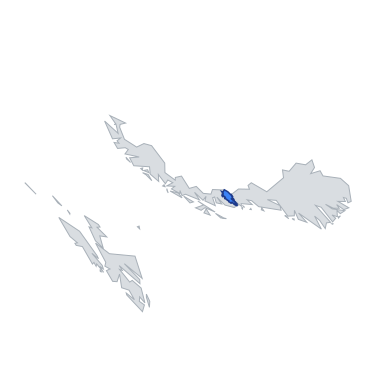 Rana nor, Nordland, Norway shown in context, rotated 229°
{"feature_id": "86288312B15447104540063", "entity_name": "Rana nor", "entity_type": "district", "adm_level": 2, "iso_a3": "NOR", "parent_name": "Norway", "parent_adm1": "Nordland", "projection": "natural_earth1", "projection_center": [14.014, 66.44], "detail": "fine", "context": "in_parent", "style": "filled", "palette": "blue", "viewbox_px": 384, "rotation_deg": 229, "n_neighbors": 0, "source": "geoboundaries", "source_scale": "gbopen_adm2", "svg_char_len": 6494}
<svg xmlns="http://www.w3.org/2000/svg" viewBox="0 0 384 384"><g transform="rotate(229 192 192)"><path d="M224.4,184.3L211.9,187.1L213.9,189.0L210.9,194.5L196.5,192.3L193.4,198.9L183.6,199.6L178.0,204.9L180.4,209.1L172.5,217.5L164.3,219.5L163.8,229.0L156.4,237.2L160.2,238.6L160.1,242.8L143.1,248.6L142.7,270.4L149.3,274.8L143.9,278.9L145.5,289.5L138.0,295.6L137.6,303.6L130.1,300.5L128.0,293.6L124.0,302.6L118.2,301.4L104.9,313.0L94.0,314.4L80.5,306.0L81.5,302.6L86.0,304.3L88.5,302.7L84.2,301.5L89.2,296.0L77.2,300.0L79.1,295.0L87.6,292.9L83.1,292.4L87.1,288.0L95.1,284.7L87.3,286.7L77.6,295.1L78.4,289.7L82.9,289.3L78.0,285.5L82.8,282.6L77.9,283.2L77.2,278.5L95.7,279.5L101.0,276.4L78.2,276.7L80.5,273.2L77.0,268.6L86.8,269.7L93.4,268.7L79.1,265.3L106.2,258.6L93.9,258.7L101.6,254.3L111.0,257.3L106.9,253.6L110.9,248.5L130.4,250.1L136.8,243.9L124.1,249.5L119.8,247.3L137.2,232.7L146.3,231.3L149.9,228.5L143.0,229.2L151.0,221.5L148.8,219.9L159.8,217.6L151.8,218.4L152.6,213.7L160.5,208.3L171.8,207.4L163.4,206.6L167.9,203.2L173.4,205.8L174.2,203.8L166.4,200.6L176.8,195.9L179.5,199.8L178.5,194.9L190.1,193.7L181.1,192.5L194.6,185.6L195.8,182.1L201.0,183.9L198.8,181.9L207.8,178.5L207.6,182.7L213.2,176.9L211.6,183.6L216.9,181.6L215.7,177.3L227.3,178.1L221.8,173.8L232.9,172.2L238.9,176.5L250.0,165.3L258.7,167.4L253.1,175.1L264.7,166.4L265.9,171.8L269.2,170.7L273.7,164.4L280.5,165.7L276.7,168.9L279.8,169.0L279.6,173.6L284.3,166.9L302.9,172.6L284.7,174.7L293.0,179.1L303.5,180.2L287.6,187.1L290.2,182.1L288.4,179.9L276.1,175.6L262.2,179.7L260.1,187.5L253.5,191.9L231.7,190.4L224.4,184.3ZM176.6,73.5L188.8,75.8L187.7,79.6L193.2,77.6L195.5,80.8L216.7,85.7L199.6,89.2L181.0,106.9L159.5,97.7L182.3,93.9L160.2,95.1L157.0,92.6L184.2,88.8L178.5,88.0L181.1,86.5L164.9,85.9L164.5,88.9L152.9,90.6L139.2,83.7L147.2,83.7L144.0,80.5L138.0,82.0L134.2,76.1L157.2,75.2L158.9,76.1L148.5,77.9L159.2,80.1L165.9,76.1L177.6,83.5L173.5,76.6L176.6,73.5ZM202.9,69.6L222.7,73.5L227.7,69.6L230.1,70.0L228.8,72.2L238.4,70.7L260.2,74.8L236.1,81.4L206.5,78.6L203.0,77.7L211.4,76.2L195.6,76.1L192.0,74.6L196.5,73.6L189.3,72.6L200.2,72.9L198.8,70.9L203.2,71.8L202.9,69.6ZM218.5,87.1L233.2,91.4L230.7,92.9L244.9,95.2L228.9,100.0L225.9,99.6L227.7,97.2L214.0,98.2L219.4,93.6L207.9,88.2L218.5,87.1ZM174.6,192.2L181.4,190.5L161.7,196.3L171.6,191.6L172.2,186.9L177.7,184.3L174.6,192.2ZM185.1,183.3L194.3,183.0L183.6,186.6L185.1,183.3ZM194.1,180.7L207.1,176.1L200.3,181.0L194.1,180.7ZM132.9,84.2L142.6,88.6L144.9,90.6L137.2,88.4L132.9,84.2ZM168.4,187.3L170.0,191.6L162.7,190.5L168.4,187.3ZM239.0,167.4L234.0,170.4L226.9,169.1L235.1,168.6L239.0,167.4ZM240.0,169.6L237.9,173.1L234.9,172.1L240.0,169.6ZM153.5,196.7L160.5,195.7L152.9,198.5L153.5,196.7ZM308.2,72.1L292.6,72.9L308.7,71.9L308.2,72.1ZM271.6,83.6L280.8,84.2L266.9,84.7L271.6,83.6ZM254.6,165.0L259.8,164.3L261.6,165.0L254.6,165.0ZM243.4,168.7L242.5,170.6L241.0,168.9L243.4,168.7ZM215.8,173.8L215.8,175.7L213.8,175.0L215.8,173.8ZM201.6,128.0L201.0,129.7L198.5,128.3L201.6,128.0ZM260.3,86.1L256.0,85.9L255.5,85.3L260.3,86.1ZM133.1,232.6L134.5,234.3L130.6,233.9L133.1,232.6ZM206.9,173.4L209.6,174.1L211.1,175.2L206.9,173.4ZM192.1,70.6L193.9,71.7L191.1,71.3L192.1,70.6ZM112.8,247.3L108.3,247.5L113.0,246.5L112.8,247.3ZM106.3,250.0L104.6,251.4L103.9,250.7L106.3,250.0ZM151.7,198.9L149.3,200.5L151.9,197.9L151.7,198.9ZM77.2,286.2L76.6,288.4L76.3,285.5L77.2,286.2ZM147.0,220.2L146.0,218.9L147.4,219.0L147.0,220.2ZM294.0,177.4L293.5,178.9L293.3,178.6L294.0,177.4ZM148.2,221.4L145.7,221.7L148.8,221.1L148.2,221.4ZM140.8,224.3L141.0,225.6L139.8,225.2L140.8,224.3ZM76.4,276.6L75.3,278.0L75.6,276.8L76.4,276.6Z" fill="#d9dde1" stroke="#a8b0b8" stroke-width="1"/><path d="M152.9,216.5L153.0,216.5L152.8,216.7L152.7,216.7L152.8,216.7L152.9,216.8L153.0,216.9L153.0,217.0L152.8,217.1L152.6,217.1L152.6,217.3L152.4,217.4L152.4,217.5L152.8,217.5L153.7,217.3L153.8,217.3L153.9,217.2L154.0,217.2L154.3,217.2L154.5,217.0L154.8,217.1L155.0,217.1L154.5,217.2L154.5,217.3L154.9,217.4L155.0,217.4L155.3,217.4L155.5,217.4L155.5,217.5L155.3,217.5L155.2,217.5L154.8,217.6L154.3,217.6L154.1,217.5L153.4,217.6L153.4,217.8L153.5,218.0L153.4,218.1L153.5,218.2L153.9,218.2L154.0,218.2L154.1,218.3L154.4,218.3L154.8,218.2L155.0,218.1L155.3,218.0L155.5,217.9L155.7,217.7L155.8,217.7L156.1,217.7L156.3,217.7L156.0,217.8L155.9,217.9L155.8,218.0L156.0,218.2L156.1,218.3L156.4,218.2L156.8,218.1L157.0,218.1L157.1,217.9L157.3,217.9L157.4,217.7L157.2,217.7L157.5,217.7L157.8,217.7L157.5,217.7L157.5,217.8L157.4,217.9L157.2,218.0L157.4,218.1L157.5,217.9L157.9,217.9L158.0,217.9L158.4,217.9L158.5,217.9L158.7,217.7L158.8,217.7L159.0,217.5L159.3,217.5L159.5,217.5L159.8,217.5L160.1,217.4L160.3,217.3L160.5,217.3L160.5,217.2L161.0,217.2L161.0,217.3L160.9,217.3L161.0,217.3L161.0,217.2L160.7,217.2L160.8,217.2L160.8,217.3L160.7,217.3L160.7,217.5L160.3,217.7L160.2,217.7L159.9,217.7L159.9,217.8L159.6,217.9L159.4,217.9L159.2,218.0L159.3,218.1L159.2,218.1L159.3,218.1L159.2,218.2L159.1,218.3L158.9,218.3L158.7,218.3L158.5,218.5L158.8,218.7L158.9,218.8L159.2,218.8L159.4,218.8L159.8,218.8L160.1,218.7L160.5,218.7L160.9,218.7L161.2,218.8L161.3,218.8L161.2,218.8L161.3,218.9L161.6,218.9L161.7,219.1L161.9,219.1L161.7,219.5L161.9,219.7L162.2,219.6L162.6,219.8L164.2,219.9L164.0,219.5L168.6,219.2L171.0,218.4L172.5,217.8L172.0,216.5L171.6,215.5L172.2,215.1L172.9,214.7L171.3,214.5L171.2,214.5L170.8,214.5L170.7,214.5L170.4,214.5L170.2,214.4L170.0,214.2L170.0,213.8L169.9,213.7L170.0,213.6L169.8,213.6L169.6,213.4L169.6,213.2L169.6,212.9L170.0,212.7L169.6,212.2L168.7,212.1L168.1,212.2L168.1,212.4L168.1,212.5L168.3,212.9L168.2,213.1L168.2,213.3L167.7,213.3L167.4,213.3L167.4,213.5L167.2,213.6L166.8,213.4L166.8,213.5L166.7,213.6L166.4,213.6L166.0,213.6L165.9,213.2L165.8,212.8L165.9,212.7L165.6,212.4L165.4,212.5L165.2,212.7L164.9,212.7L164.8,212.9L164.9,213.0L164.4,213.1L163.9,213.2L163.7,213.3L163.3,213.4L163.1,213.3L162.9,213.3L162.8,213.2L162.7,213.2L162.6,213.4L162.2,213.6L161.4,213.9L161.4,213.6L161.0,213.5L160.6,213.4L160.3,213.4L159.7,213.8L159.3,213.9L159.1,213.9L158.9,213.9L158.8,214.0L158.4,213.9L157.7,214.5L157.5,214.8L157.9,214.9L158.0,215.0L157.9,215.2L158.0,215.2L157.9,215.4L158.0,215.5L157.9,215.7L157.4,215.5L157.1,215.6L156.8,215.7L156.4,215.8L156.0,215.7L155.9,215.8L155.7,215.8L155.4,215.9L155.1,215.8L155.1,215.7L154.9,215.7L154.5,215.9L154.4,216.0L154.1,216.0L153.9,216.1L153.7,216.2L153.6,216.3L153.4,216.3L153.0,216.4L152.9,216.5Z" fill="#3b82f6" stroke="#1e3a8a" stroke-width="1.5"/></g></svg>